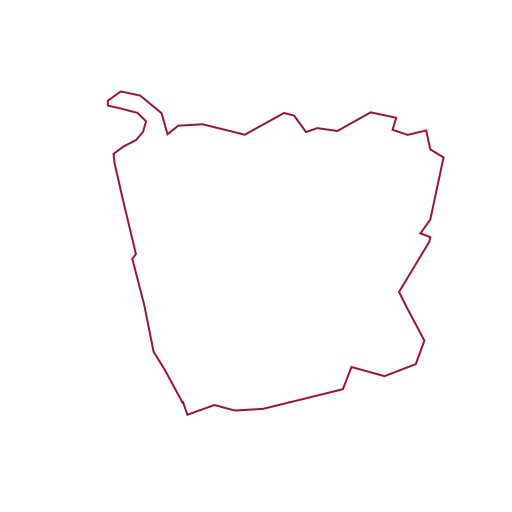 outline of Craigavon, rotated 286°
{"feature_id": "GBR-2088", "entity_name": "Craigavon", "entity_type": "District", "adm_level": 1, "iso_a3": "GBR", "parent_name": "United Kingdom", "parent_adm1": "", "projection": "mercator", "projection_center": [-6.356, 54.494], "detail": "fine", "context": "isolated", "style": "outline", "palette": "rose", "viewbox_px": 512, "rotation_deg": 286, "n_neighbors": 0, "source": "natural_earth", "source_scale": "10m", "svg_char_len": 792}
<svg xmlns="http://www.w3.org/2000/svg" viewBox="0 0 512 512"><g transform="rotate(286 256 256)"><path d="M221.1,441.2L196.1,439.4L175.9,412.6L175.6,378.4L151.9,376.2L111.0,304.9L101.6,278.2L101.3,257.1L84.5,233.8L95.2,226.3L94.7,225.9L121.3,199.8L135.8,183.9L177.7,162.3L219.2,137.9L224.8,140.0L275.5,111.4L306.1,94.5L314.9,90.9L325.2,98.9L334.5,108.8L344.4,113.2L355.2,113.2L360.9,102.5L360.4,83.8L359.7,72.2L364.4,70.8L376.9,80.6L378.3,100.4L367.2,125.9L348.6,137.4L359.8,145.3L367.9,168.3L369.5,211.8L401.2,243.5L401.4,254.1L388.9,269.9L395.8,279.6L398.6,299.8L425.7,326.6L427.5,352.7L415.0,352.5L414.2,368.3L423.6,385.0L406.5,394.2L402.4,409.1L339.1,413.5L323.0,407.8L322.2,418.3L317.6,418.7L260.9,403.4L248.4,414.8L221.1,441.2Z" fill="none" stroke="#9f1239" stroke-width="2"/></g></svg>